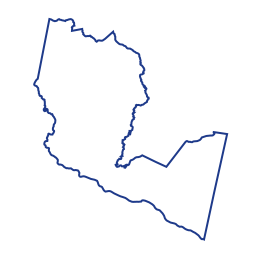 the district of Santa Terezinha, Mato Grosso, Brazil, rotated 98°
{"feature_id": "56859067B41133101441873", "entity_name": "Santa Terezinha", "entity_type": "district", "adm_level": 2, "iso_a3": "BRA", "parent_name": "Brazil", "parent_adm1": "Mato Grosso", "projection": "natural_earth1", "projection_center": [-50.819, -10.289], "detail": "fine", "context": "isolated", "style": "outline", "palette": "blue", "viewbox_px": 256, "rotation_deg": 98, "n_neighbors": 0, "source": "geoboundaries", "source_scale": "gbopen_adm2", "svg_char_len": 5952}
<svg xmlns="http://www.w3.org/2000/svg" viewBox="0 0 256 256"><g transform="rotate(98 128 128)"><path d="M120.2,29.0L120.1,42.5L120.7,42.5L121.3,41.6L122.2,41.8L123.5,43.0L123.8,43.9L123.9,44.9L125.0,49.3L127.1,53.6L128.7,54.3L129.9,55.2L131.3,57.5L132.1,61.0L132.5,61.8L133.1,62.5L133.2,63.8L133.0,64.6L133.3,65.8L132.7,67.8L133.1,68.5L133.9,69.2L161.1,84.6L157.8,95.6L153.1,110.1L154.6,111.9L155.0,112.8L155.4,113.8L155.7,115.3L156.0,115.9L156.4,116.6L158.1,118.2L158.8,119.1L159.7,120.8L160.2,121.1L164.0,121.9L164.8,122.9L164.5,123.6L165.1,124.3L166.1,124.4L167.7,125.2L167.7,126.0L167.2,126.2L166.5,125.5L165.4,125.5L165.9,126.1L166.2,126.7L166.7,127.9L166.8,128.8L166.0,129.7L166.1,130.5L166.8,131.3L167.3,131.6L167.5,132.2L167.9,132.9L167.9,133.7L167.5,134.2L167.0,134.3L166.6,134.9L166.1,135.1L165.9,134.6L165.9,133.8L165.3,133.3L164.7,133.9L164.1,134.2L163.5,134.2L162.1,133.7L161.4,133.7L160.4,132.7L159.7,132.4L159.9,131.7L159.7,130.7L159.2,130.4L157.8,130.5L157.3,131.2L156.7,130.5L156.4,129.6L155.8,130.0L155.1,130.1L154.4,129.8L153.4,130.2L152.9,130.1L152.2,130.2L150.0,129.8L149.4,129.1L148.0,129.6L147.6,130.3L146.4,129.6L145.1,129.3L145.0,130.2L144.3,130.0L143.8,130.7L143.6,131.5L142.6,131.4L142.0,131.6L140.8,131.6L140.9,131.0L139.9,130.2L139.3,129.3L138.6,129.3L137.9,129.7L137.3,129.4L137.0,128.2L135.7,126.6L135.0,126.7L134.5,126.6L134.1,125.8L134.0,125.0L132.6,124.9L132.3,125.5L132.4,126.3L131.5,126.0L130.7,126.1L130.6,125.4L130.9,124.7L130.4,124.6L130.0,124.3L129.3,123.5L126.9,123.4L126.4,123.5L125.7,124.3L125.4,125.4L124.6,125.7L123.9,125.2L122.0,125.3L120.5,125.1L120.0,124.7L119.3,124.7L118.7,124.1L118.4,123.5L117.7,123.6L116.9,123.2L116.1,124.4L115.4,124.0L114.8,124.3L113.5,125.3L112.8,124.9L112.4,124.4L111.9,124.0L111.9,124.7L111.2,124.3L110.3,124.6L109.6,124.3L109.1,125.1L108.0,124.7L107.5,124.2L106.9,124.1L106.5,123.4L105.7,123.1L105.0,123.0L104.4,123.3L103.9,122.8L104.0,121.8L103.7,120.8L103.8,119.4L104.0,118.5L103.6,118.0L103.2,117.7L102.9,116.6L102.5,116.0L101.1,114.8L99.6,112.9L98.5,112.9L97.9,112.5L97.3,112.5L96.6,112.2L96.2,111.6L95.6,111.6L95.0,111.9L94.7,113.0L94.0,113.6L93.0,113.8L91.8,114.6L91.0,115.3L90.3,115.7L89.6,115.7L88.6,116.3L87.6,115.5L86.6,115.2L86.0,115.6L85.9,116.2L86.0,116.8L85.2,117.7L84.8,116.8L84.0,117.4L83.3,118.9L82.5,119.8L81.6,120.1L80.9,120.2L79.9,121.4L79.3,121.7L78.6,121.4L77.8,122.0L76.0,123.0L74.9,123.4L73.7,123.3L73.3,122.8L72.9,121.5L71.8,120.1L71.2,120.2L70.9,120.8L69.6,120.6L68.8,119.9L67.4,120.1L67.0,120.6L66.4,120.7L64.3,122.8L63.6,124.3L63.0,124.7L62.3,124.7L61.8,124.3L60.8,125.1L59.9,124.8L59.4,124.9L57.9,125.6L57.1,125.8L55.5,126.8L54.5,126.9L53.7,127.2L53.1,127.8L52.8,128.4L52.5,129.5L52.3,130.7L51.7,131.5L51.1,133.3L50.5,133.8L50.0,134.7L49.1,136.9L49.3,139.4L49.0,140.1L47.4,141.8L47.0,143.6L46.2,144.9L46.2,147.5L46.0,148.3L45.0,149.9L43.7,151.8L42.4,152.9L39.3,153.3L38.8,153.7L36.8,154.4L36.4,155.4L34.7,156.1L42.9,163.1L44.9,165.3L45.2,166.0L45.3,167.9L45.2,168.5L45.5,169.8L46.9,171.0L46.4,172.1L45.4,172.6L43.9,174.5L43.5,175.6L43.0,176.1L42.7,177.5L42.0,177.8L41.8,178.4L42.3,179.1L42.7,181.4L42.9,181.9L43.1,182.9L42.8,183.5L41.4,185.4L40.3,185.4L39.0,186.6L37.6,186.6L37.0,187.1L36.3,187.2L39.6,197.0L37.1,197.2L36.6,197.1L36.1,197.6L35.5,197.3L34.6,196.4L34.1,195.3L33.1,195.8L31.8,195.9L31.2,196.1L30.7,197.0L29.9,197.0L28.7,198.0L28.2,199.3L28.2,200.3L28.6,201.3L28.8,201.9L29.5,203.1L29.9,204.4L30.8,204.9L30.6,206.4L30.5,208.4L30.2,209.5L30.3,210.4L29.8,211.4L30.5,212.5L31.7,213.5L32.4,215.3L32.2,216.1L32.2,216.8L31.2,219.2L31.0,221.0L91.3,224.2L91.8,224.2L93.0,225.3L95.1,226.3L96.6,226.8L97.8,227.0L98.3,226.8L98.7,226.4L99.0,225.6L99.3,224.2L100.2,223.5L100.7,222.7L101.4,222.4L103.0,222.1L104.6,221.3L105.9,221.2L107.1,220.4L108.0,220.2L108.5,219.6L108.4,218.5L108.7,217.9L109.1,217.7L110.2,217.7L111.5,215.9L111.4,215.0L111.8,214.5L112.6,214.5L113.4,214.1L116.3,213.6L117.2,213.7L117.5,213.1L118.1,212.9L119.4,213.1L121.1,214.0L121.9,213.9L122.5,213.6L122.9,212.7L122.5,211.9L121.5,211.7L121.1,212.8L120.3,211.6L120.4,211.0L120.7,210.4L121.2,210.1L123.3,209.7L123.8,209.2L124.2,208.7L124.3,206.9L125.2,205.7L124.9,204.9L126.7,203.8L127.3,203.0L129.6,201.3L130.4,201.0L132.5,200.9L133.2,201.0L134.9,201.9L135.6,202.0L136.4,201.8L138.3,202.3L138.9,202.3L139.8,202.2L140.6,201.8L141.0,200.9L141.5,200.7L143.0,201.0L144.3,201.7L145.0,201.9L145.2,203.6L144.6,205.6L145.0,206.1L146.7,206.0L147.4,206.5L148.3,206.6L148.8,206.9L149.5,206.9L150.9,206.1L152.1,206.1L152.5,207.7L153.1,208.3L153.8,208.6L155.5,208.7L156.1,208.4L156.8,207.2L158.3,206.8L158.8,205.9L158.8,204.1L159.1,203.4L161.1,203.3L161.9,203.1L162.7,202.3L164.5,201.1L165.5,200.0L165.8,198.4L166.2,197.6L166.4,196.9L167.0,196.1L167.4,195.1L169.1,193.2L170.3,192.9L172.3,193.0L172.8,192.7L173.3,192.1L173.8,191.1L173.6,189.8L173.7,188.8L173.9,187.9L174.4,187.1L175.5,185.7L176.4,183.4L176.2,182.5L176.3,180.9L175.9,178.9L177.0,176.9L177.3,176.0L177.3,175.4L176.9,174.0L177.0,171.7L177.6,171.0L179.2,169.9L181.2,169.9L182.0,169.7L182.5,169.3L182.9,168.6L182.9,167.9L182.2,166.1L182.0,165.4L182.0,164.2L182.2,163.1L183.6,157.6L183.9,153.8L184.6,151.3L185.7,150.5L187.8,149.5L188.9,148.8L189.6,147.5L189.7,146.4L190.1,145.5L193.0,143.3L193.8,142.2L194.1,141.4L193.2,138.7L193.0,137.2L193.3,135.8L194.7,132.6L196.2,127.8L196.7,126.0L197.1,123.5L197.6,121.0L198.2,119.6L199.8,116.7L200.5,113.8L200.4,112.4L199.8,109.0L199.6,107.3L199.0,104.7L198.0,104.2L197.6,103.5L197.5,102.7L197.6,100.9L198.7,96.6L200.2,93.3L201.2,91.8L202.0,91.0L203.1,90.3L204.4,88.6L204.7,87.7L204.9,86.0L205.2,85.0L207.8,81.8L209.8,80.1L212.4,78.8L213.8,77.4L214.3,76.6L215.7,72.7L216.1,68.5L216.4,67.5L216.6,67.0L217.7,65.6L218.6,63.2L218.2,61.5L218.4,60.3L219.0,59.0L219.6,58.1L220.4,56.1L220.8,54.0L220.7,51.7L221.0,50.9L221.8,49.0L222.5,46.9L224.5,43.3L225.5,42.2L226.4,41.4L227.7,39.8L227.8,39.1L227.4,38.2L227.8,37.2L179.8,33.7L120.2,29.0Z" fill="none" stroke="#1e3a8a" stroke-width="2"/></g></svg>